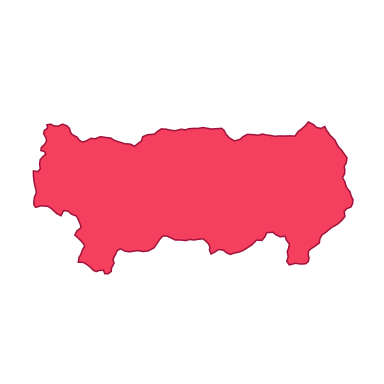 São José do Divino, Minas Gerais, Brazil (Natural Earth projection), rotated 82°
{"feature_id": "56859067B84823872884443", "entity_name": "São José do Divino", "entity_type": "district", "adm_level": 2, "iso_a3": "BRA", "parent_name": "Brazil", "parent_adm1": "Minas Gerais", "projection": "natural_earth1", "projection_center": [-41.373, -18.4], "detail": "fine", "context": "isolated", "style": "filled", "palette": "rose", "viewbox_px": 384, "rotation_deg": 82, "n_neighbors": 0, "source": "geoboundaries", "source_scale": "gbopen_adm2", "svg_char_len": 2860}
<svg xmlns="http://www.w3.org/2000/svg" viewBox="0 0 384 384"><g transform="rotate(82 192 192)"><path d="M203.1,39.2L198.8,41.0L195.3,38.4L191.5,37.6L187.7,37.7L185.3,35.7L182.4,34.5L179.5,33.8L176.4,35.5L172.2,37.6L167.6,40.7L163.7,42.3L160.7,43.1L157.9,45.1L155.0,47.5L152.1,48.8L149.3,50.3L145.6,51.4L147.0,55.3L145.5,59.6L142.1,62.4L138.8,67.0L142.0,70.5L144.4,73.9L146.7,78.3L150.9,82.2L150.0,87.8L149.5,92.4L148.7,97.1L148.3,102.5L146.7,106.9L145.8,110.8L144.4,114.0L145.0,118.6L143.6,124.0L142.6,129.2L144.4,133.9L146.6,137.3L147.3,142.9L143.4,147.7L138.8,150.6L135.5,151.6L133.1,153.7L132.7,158.7L132.4,163.7L131.0,168.1L129.7,172.2L129.9,176.9L129.2,182.2L128.9,186.5L129.6,190.0L128.3,193.8L129.0,200.2L127.7,204.9L126.4,208.2L125.2,213.5L127.1,217.7L129.5,221.2L129.1,227.9L130.4,233.1L134.3,234.9L136.2,238.3L138.7,242.5L136.0,246.4L134.9,251.7L133.2,255.2L131.4,259.2L129.6,262.4L127.3,264.8L126.1,269.5L124.4,275.1L125.8,280.2L124.8,284.7L126.6,289.3L127.3,293.4L125.3,296.2L121.7,298.2L118.3,302.8L115.2,304.2L112.2,304.4L109.3,306.4L106.8,310.7L108.2,315.3L107.3,319.5L105.2,322.4L105.2,326.3L108.8,326.1L110.4,329.7L113.7,330.8L118.3,329.0L121.5,329.0L124.3,331.3L126.9,335.0L129.9,335.9L131.3,332.6L134.3,331.5L135.9,334.4L139.0,337.9L143.4,339.1L147.7,338.9L150.3,341.8L149.1,346.2L154.1,346.8L159.6,346.9L164.3,346.7L168.1,346.2L171.3,346.3L175.2,348.8L179.2,349.8L182.3,350.4L185.4,349.1L184.7,343.0L186.2,336.6L189.0,333.4L191.5,331.5L194.8,328.7L197.3,325.0L192.6,321.8L193.7,317.4L197.3,314.2L199.9,309.6L204.6,308.1L208.5,307.1L211.8,306.8L214.7,311.6L218.4,314.0L221.7,311.2L224.8,308.8L227.7,307.0L230.5,305.7L233.8,308.4L238.5,310.9L241.0,313.0L245.7,314.4L246.6,309.4L249.6,305.7L252.8,302.8L255.8,300.7L257.5,298.0L256.8,294.7L257.2,290.5L260.8,289.7L261.3,286.4L259.4,283.0L256.1,282.3L251.7,279.1L247.9,279.6L245.0,277.8L242.3,275.8L239.6,274.3L238.3,270.7L241.2,266.7L242.6,261.8L242.4,257.6L242.6,253.3L244.2,248.5L244.1,243.0L242.0,237.4L238.6,234.2L234.6,230.8L231.6,227.1L232.0,223.3L234.5,219.2L237.1,215.6L237.9,210.1L239.2,205.1L238.7,200.8L239.8,196.9L239.7,192.9L239.9,187.6L243.3,184.5L245.9,182.8L248.7,182.0L252.2,182.8L256.1,181.7L254.3,177.0L252.7,173.7L253.9,169.2L257.5,165.7L259.2,162.6L258.4,159.2L258.1,154.4L257.1,149.8L255.1,145.3L252.7,140.1L248.6,134.7L249.7,129.5L246.7,126.2L242.7,123.6L243.1,117.5L246.2,114.7L248.7,110.8L248.7,106.0L252.8,105.2L257.3,102.8L260.8,104.1L264.4,106.0L269.5,105.8L273.9,107.8L277.8,105.7L277.0,99.7L278.6,93.7L278.8,89.2L276.9,86.4L273.6,85.3L270.0,85.6L266.3,84.6L264.6,81.7L262.6,77.4L260.2,73.0L255.9,71.8L252.5,69.1L250.3,64.6L248.0,61.1L246.2,57.9L245.1,54.6L243.4,51.2L240.9,47.5L237.6,44.0L232.5,44.0L230.0,41.0L229.0,36.8L226.1,34.7L222.0,33.6L218.5,34.9L213.8,35.5L209.3,38.2L206.0,38.9L203.1,39.2Z" fill="#f43f5e" stroke="#9f1239" stroke-width="1.5"/></g></svg>